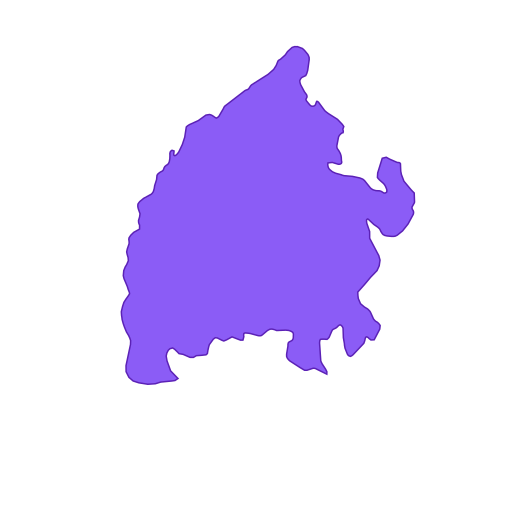 outline of Lara, rotated 317°
{"feature_id": "VEN-34", "entity_name": "Lara", "entity_type": "State", "adm_level": 1, "iso_a3": "VEN", "parent_name": "Venezuela", "parent_adm1": "", "projection": "natural_earth1", "projection_center": [-69.693, 10.08], "detail": "fine", "context": "isolated", "style": "filled", "palette": "violet", "viewbox_px": 512, "rotation_deg": 317, "n_neighbors": 0, "source": "natural_earth", "source_scale": "10m", "svg_char_len": 5480}
<svg xmlns="http://www.w3.org/2000/svg" viewBox="0 0 512 512"><g transform="rotate(317 256 256)"><path d="M415.2,302.2L414.6,313.2L414.6,315.6L414.7,317.6L414.7,317.8L408.8,324.6L408.1,325.1L403.5,326.6L402.6,327.6L402.1,328.8L401.9,330.0L401.5,330.9L400.9,331.7L400.2,332.3L399.4,332.8L389.0,336.3L380.3,337.6L373.5,337.1L371.5,336.5L370.1,335.6L368.5,334.1L365.5,330.7L364.2,328.8L363.6,327.1L363.6,325.8L364.0,323.4L364.7,321.3L364.9,320.2L364.7,317.8L363.7,313.3L363.2,305.7L362.7,304.9L361.6,304.9L360.6,305.9L359.4,307.5L355.8,315.6L351.2,320.6L347.1,335.6L346.1,339.4L343.9,343.6L339.4,347.2L334.6,349.2L325.3,349.7L316.4,350.8L311.1,351.3L305.8,351.8L303.6,354.4L301.8,356.9L299.9,362.2L300.2,364.7L300.5,367.3L301.4,370.4L301.6,371.6L301.6,374.1L301.4,375.1L299.0,382.2L298.9,384.1L299.0,385.5L299.4,386.5L299.6,387.6L299.7,388.9L299.6,390.3L299.4,391.5L296.6,393.9L285.3,397.9L282.8,395.8L282.4,393.5L282.4,392.2L282.1,391.2L281.6,390.4L280.6,390.3L279.5,390.9L277.8,392.1L275.3,393.4L259.6,394.4L258.3,394.3L256.7,393.9L255.9,392.5L255.7,391.3L255.9,390.1L258.2,384.2L259.8,381.7L261.0,380.2L264.2,375.3L270.4,368.2L270.8,367.2L271.0,366.2L271.0,365.1L270.8,364.1L270.0,363.4L268.8,363.2L266.9,363.3L265.5,363.2L264.4,362.9L262.5,362.3L261.4,362.2L259.8,362.8L254.1,365.3L252.3,365.5L251.1,365.4L250.2,364.5L249.7,363.9L248.4,362.6L247.0,361.4L246.2,360.9L244.9,361.4L243.2,362.9L231.9,376.8L231.4,378.0L230.8,380.0L229.7,386.3L228.9,389.0L227.2,390.7L222.7,378.8L222.0,377.8L221.1,377.0L215.3,374.3L213.6,372.7L212.2,367.9L209.2,355.9L209.1,354.7L209.1,353.3L209.3,351.9L209.8,350.5L211.0,349.1L211.9,348.3L218.0,343.6L218.8,342.7L219.8,341.9L220.8,341.4L221.7,341.5L224.6,342.3L225.6,342.2L226.5,341.9L227.3,341.4L230.0,338.7L230.5,337.9L230.8,336.8L230.3,335.0L229.8,333.9L229.2,332.8L227.1,330.4L220.3,324.6L219.4,322.7L218.4,321.1L217.8,320.3L217.1,319.7L216.3,319.1L215.1,318.7L213.4,318.3L206.9,318.0L205.6,317.8L204.5,317.1L203.3,315.8L198.9,308.7L198.4,308.1L197.9,307.4L195.8,305.1L195.1,304.6L194.3,304.4L193.4,305.1L192.7,305.8L192.1,306.7L189.1,308.6L187.3,307.0L186.0,304.4L183.3,298.8L177.1,297.2L174.5,296.2L173.6,294.4L171.8,289.5L170.5,288.0L168.1,287.7L161.4,289.0L159.7,290.0L156.6,292.1L153.9,294.2L152.1,294.2L148.2,291.3L144.4,288.2L141.1,287.5L138.6,285.1L135.6,278.2L133.1,274.9L133.1,272.8L132.9,268.7L132.3,266.4L129.8,265.1L127.6,265.1L124.7,266.1L122.1,267.9L119.4,272.0L115.2,281.8L115.4,292.4L111.8,291.8L109.2,290.0L100.3,283.2L95.3,280.8L89.4,276.0L83.8,268.8L80.9,263.6L80.3,258.1L82.1,252.0L86.2,247.5L103.9,235.1L106.6,232.4L107.7,230.0L108.6,227.3L109.5,223.1L111.3,218.3L112.8,214.9L114.8,211.1L116.0,209.5L117.2,207.7L119.5,204.9L124.0,201.9L127.8,199.8L131.6,198.8L135.2,198.1L137.8,197.4L138.7,196.0L139.6,193.6L141.1,190.5L142.0,188.1L144.0,182.6L145.5,179.9L149.3,176.5L152.9,174.8L155.5,174.1L159.4,172.4L161.4,169.9L162.9,166.9L164.2,164.8L166.6,163.1L171.5,160.5L172.8,159.2L174.4,157.0L175.6,156.1L178.6,155.4L182.7,155.3L189.2,156.9L192.0,153.9L192.3,152.8L193.1,151.3L194.3,149.9L197.4,148.1L200.0,146.0L202.1,141.2L203.1,139.5L203.7,138.8L204.4,138.1L205.1,137.5L206.4,137.2L208.1,136.9L213.1,137.2L221.7,139.4L223.1,139.3L224.8,138.9L227.5,137.3L229.9,135.4L235.4,132.3L238.6,129.5L239.9,129.1L242.3,129.2L243.8,129.5L245.1,129.9L246.2,130.0L247.3,129.7L249.0,128.8L250.4,128.4L252.4,128.5L253.7,128.8L255.3,128.6L256.9,127.9L259.4,126.0L261.6,123.8L262.2,123.1L262.8,122.4L263.6,121.8L264.5,121.3L265.9,121.2L266.7,121.4L267.7,123.3L266.3,124.6L265.6,125.1L265.0,125.8L264.7,126.5L265.0,127.2L265.8,127.6L267.0,127.7L268.6,127.6L270.6,127.2L278.2,124.2L284.9,120.5L293.0,114.1L294.6,114.1L296.9,114.5L306.1,117.6L315.5,118.8L318.5,120.8L319.0,121.6L319.6,122.7L320.2,124.9L320.4,126.1L320.7,127.2L321.1,128.1L322.4,128.5L324.2,128.5L332.2,126.1L334.3,125.3L335.3,125.1L360.7,127.5L361.7,127.8L362.6,128.2L363.6,128.6L364.8,128.7L368.0,127.9L369.5,127.8L388.7,131.4L396.2,131.6L400.8,130.4L405.0,128.4L406.1,128.3L408.1,128.8L414.5,128.9L418.5,128.0L424.7,128.1L427.2,129.3L428.1,130.3L429.1,131.1L431.5,135.9L431.7,138.6L431.4,143.9L431.1,145.0L430.3,147.0L428.8,148.7L420.4,155.5L417.5,157.2L415.4,158.0L411.7,156.8L411.0,156.7L410.3,156.7L409.4,156.9L407.6,157.6L406.6,158.9L405.5,161.1L403.4,169.0L403.0,172.5L402.5,173.6L401.8,174.5L399.3,175.5L398.7,177.0L398.4,181.9L398.5,183.4L399.0,184.6L400.4,185.7L401.6,186.0L402.7,185.9L405.1,184.6L405.9,184.3L406.4,184.9L406.6,186.2L405.4,196.5L405.6,198.6L406.1,201.3L408.8,211.6L408.9,218.6L408.5,221.2L406.0,222.5L405.0,224.2L404.5,224.7L403.7,225.2L402.7,224.6L401.4,224.5L399.4,224.6L397.6,225.2L390.2,230.6L389.3,231.7L388.7,232.9L388.4,235.4L387.8,237.7L387.5,238.7L386.6,240.6L385.5,242.2L383.7,244.3L382.9,245.6L382.4,246.1L381.5,246.5L380.0,246.1L378.8,245.1L375.6,239.6L372.1,237.0L370.7,238.2L369.7,239.7L369.3,240.6L369.0,241.5L368.9,242.2L368.9,243.1L369.2,245.7L369.4,246.7L370.7,249.8L373.7,254.6L374.1,255.5L375.1,257.2L380.8,263.5L385.2,269.8L386.0,271.5L386.5,272.6L386.7,273.8L386.8,275.0L386.1,284.1L386.2,285.3L386.5,286.5L386.8,287.5L387.3,288.4L388.3,290.0L390.9,292.7L391.4,293.6L391.8,294.5L392.3,296.5L392.5,297.1L393.0,297.7L393.8,298.2L395.1,298.4L396.2,297.6L397.1,296.3L398.2,293.4L398.6,291.5L398.7,289.9L398.2,284.6L398.2,282.5L398.4,281.3L401.7,278.2L415.0,270.6L418.6,272.6L419.8,276.3L423.1,283.9L424.4,285.3L424.7,286.1L424.6,287.0L419.7,292.7L417.9,295.6L415.2,302.2Z" fill="#8b5cf6" stroke="#5b21b6" stroke-width="1.5"/></g></svg>